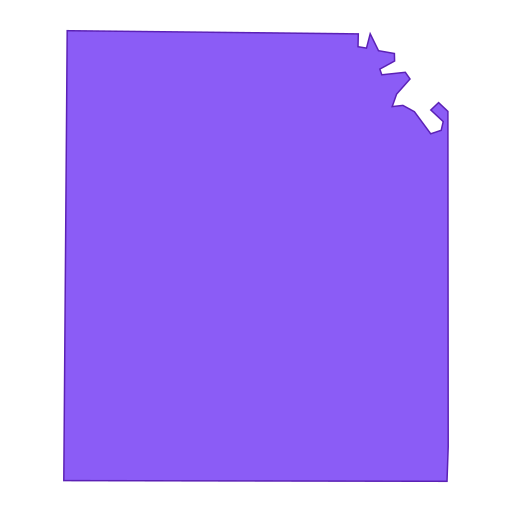 outline of Concho, Texas, United States of America
{"feature_id": "52423323B74717321160891", "entity_name": "Concho", "entity_type": "district", "adm_level": 2, "iso_a3": "USA", "parent_name": "United States of America", "parent_adm1": "Texas", "projection": "natural_earth1", "projection_center": [-99.711, 31.334], "detail": "fine", "context": "isolated", "style": "filled", "palette": "violet", "viewbox_px": 512, "rotation_deg": 0, "n_neighbors": 0, "source": "geoboundaries", "source_scale": "gbopen_adm2", "svg_char_len": 427}
<svg xmlns="http://www.w3.org/2000/svg" viewBox="0 0 512 512"><path d="M67.2,30.7L63.8,480.6L447.0,481.3L448.2,446.7L447.9,111.4L438.6,102.6L430.8,110.0L443.2,121.6L441.2,130.3L430.7,133.8L414.4,111.7L402.9,105.4L392.2,106.6L396.6,94.1L410.0,79.0L405.3,72.3L381.8,74.8L379.8,69.1L394.6,61.0L394.4,53.5L378.5,50.7L370.2,33.8L366.5,48.1L358.0,46.7L358.3,33.9L67.2,30.7Z" fill="#8b5cf6" stroke="#5b21b6" stroke-width="1.5"/></svg>